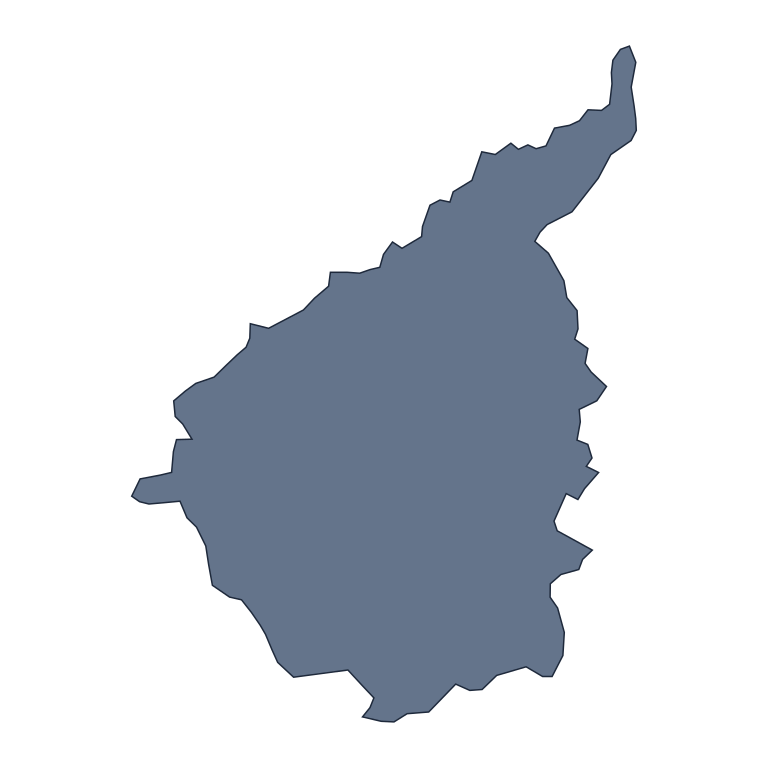 Itaara, Rio Grande do Sul, Brazil (Albers equal-area conic projection)
{"feature_id": "56859067B39409617821515", "entity_name": "Itaara", "entity_type": "district", "adm_level": 2, "iso_a3": "BRA", "parent_name": "Brazil", "parent_adm1": "Rio Grande do Sul", "projection": "albers", "projection_center": [-53.754, -29.56], "detail": "fine", "context": "isolated", "style": "filled", "palette": "slate", "viewbox_px": 768, "rotation_deg": 0, "n_neighbors": 0, "source": "geoboundaries", "source_scale": "gbopen_adm2", "svg_char_len": 1721}
<svg xmlns="http://www.w3.org/2000/svg" viewBox="0 0 768 768"><path d="M587.9,348.5L574.7,339.2L578.0,328.9L577.1,310.6L566.8,297.6L563.9,280.7L548.4,253.2L534.8,241.4L540.0,232.2L547.1,224.6L572.0,211.8L598.2,178.3L610.8,154.6L631.1,140.5L636.3,130.4L635.7,118.4L634.1,106.0L631.2,87.1L635.8,62.3L629.4,46.1L620.4,49.4L612.9,60.2L611.4,72.6L612.0,83.9L609.6,104.3L601.5,110.4L588.0,109.8L579.5,120.7L569.6,125.3L554.5,128.1L546.0,145.9L536.1,148.7L527.9,144.9L518.4,149.3L510.9,143.2L495.3,154.5L481.8,151.8L471.9,180.4L453.2,191.8L449.9,202.1L440.0,200.0L430.0,205.2L422.5,226.5L421.6,236.6L402.0,248.3L392.5,242.0L383.5,254.4L379.8,267.3L370.0,269.6L359.7,273.2L347.4,272.3L330.4,272.3L328.6,286.2L314.5,298.2L303.4,310.0L268.6,328.3L250.3,323.7L249.8,338.2L246.1,347.2L237.2,354.8L226.4,365.1L214.1,377.1L195.8,383.4L185.4,391.0L173.7,400.9L175.2,416.5L182.7,424.0L192.0,439.2L176.5,439.6L173.4,451.6L171.6,472.4L160.2,475.1L140.1,478.9L131.7,496.2L139.6,501.7L148.9,504.0L163.9,502.7L180.0,501.2L187.0,517.8L196.5,527.1L205.8,546.0L208.6,564.3L212.4,585.3L229.6,597.1L241.5,599.8L251.4,612.4L260.2,625.2L265.5,634.3L272.1,650.0L277.7,662.4L293.6,677.2L347.9,670.0L362.5,685.8L373.9,697.9L370.0,707.6L362.5,716.9L381.2,721.3L394.0,721.9L407.1,713.7L428.7,712.0L455.7,684.1L469.8,690.4L482.1,689.5L496.7,675.4L526.1,666.8L542.6,676.5L552.1,676.5L562.9,655.5L564.3,632.4L557.6,608.0L550.1,597.2L550.3,583.8L560.9,574.5L578.8,569.5L582.6,559.4L592.3,550.1L557.2,530.8L554.0,521.1L566.2,493.6L577.9,499.5L584.5,488.7L598.6,472.5L586.3,466.4L592.0,458.0L587.8,444.4L577.0,440.1L580.3,421.9L579.2,409.4L596.8,400.8L606.5,386.5L591.1,372.0L585.1,363.4L587.9,348.5Z" fill="#64748b" stroke="#1e293b" stroke-width="1.5"/></svg>